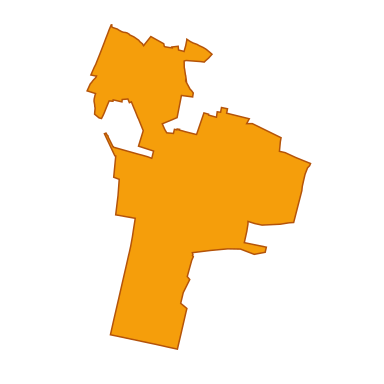 the district of Kinchil, Yucatán, Mexico, rotated 276°
{"feature_id": "50627088B70780361544705", "entity_name": "Kinchil", "entity_type": "district", "adm_level": 2, "iso_a3": "MEX", "parent_name": "Mexico", "parent_adm1": "Yucatán", "projection": "mercator", "projection_center": [-89.997, 20.843], "detail": "fine", "context": "isolated", "style": "filled", "palette": "amber", "viewbox_px": 384, "rotation_deg": 276, "n_neighbors": 0, "source": "geoboundaries", "source_scale": "gbopen_adm2", "svg_char_len": 3397}
<svg xmlns="http://www.w3.org/2000/svg" viewBox="0 0 384 384"><g transform="rotate(276 192 192)"><path d="M255.3,274.9L266.3,244.9L265.7,239.2L270.8,241.3L274.0,218.2L278.5,218.6L279.1,212.5L274.3,212.1L274.4,208.7L268.9,208.5L270.2,200.5L271.1,200.4L271.9,195.6L251.3,190.9L249.7,190.5L249.7,189.9L251.3,178.8L251.7,176.7L252.0,174.7L252.2,172.8L253.0,173.0L253.1,170.6L252.2,170.5L252.5,168.0L248.3,167.4L248.2,160.7L251.3,158.4L256.7,155.3L264.4,169.4L286.9,171.4L286.6,182.7L286.8,182.7L290.6,182.9L292.9,180.8L294.0,179.4L301.7,174.1L302.6,174.1L301.9,174.8L307.2,173.5L307.9,173.2L312.6,172.0L313.5,171.8L314.5,171.4L315.7,171.2L321.4,170.5L321.7,170.9L321.8,171.5L322.0,171.9L322.2,172.7L322.2,173.3L322.6,186.8L322.5,190.6L324.0,191.8L326.9,194.5L331.1,197.5L333.0,194.8L333.9,193.4L334.5,192.6L335.6,190.8L336.9,188.0L338.0,184.8L338.2,184.1L339.3,181.7L339.5,180.9L340.3,177.6L341.4,174.7L343.2,171.3L343.4,170.9L341.9,170.9L336.5,170.4L336.1,170.3L330.9,169.4L331.2,168.0L331.8,163.8L335.5,163.0L334.1,156.8L333.3,157.2L333.3,154.5L333.5,151.7L333.6,149.9L334.0,149.2L336.5,148.4L342.3,134.8L334.0,129.5L332.4,128.6L333.5,127.6L334.1,127.4L334.4,126.9L336.2,124.2L336.5,124.0L337.4,123.1L340.2,118.0L341.8,113.5L342.3,113.2L343.4,110.9L343.7,109.0L343.7,107.2L344.1,105.4L345.3,102.5L345.8,101.5L346.2,100.9L346.6,99.1L346.8,98.2L347.1,96.9L347.1,96.5L347.9,94.9L349.8,94.8L349.8,94.2L345.9,93.0L343.8,92.4L341.0,91.7L335.6,90.2L334.0,89.8L332.5,89.4L331.6,89.2L329.5,88.6L328.3,88.3L326.1,87.7L321.3,86.4L318.4,85.6L312.8,84.0L310.3,83.3L309.1,83.0L305.7,81.7L297.8,79.2L297.3,84.0L297.4,84.9L296.9,84.8L296.5,84.7L296.1,84.5L295.8,84.3L295.5,84.1L295.3,84.0L294.8,83.6L294.3,83.2L294.1,83.1L293.6,82.6L291.6,81.3L291.0,81.0L290.1,80.4L289.3,79.8L288.8,79.5L281.6,77.1L280.1,84.5L279.8,85.8L278.7,85.6L278.0,85.4L277.7,85.4L277.0,85.3L275.3,85.1L274.4,85.0L273.2,85.0L272.0,85.1L268.5,86.1L266.7,86.4L265.7,86.8L264.7,86.9L261.8,86.9L259.2,87.0L256.0,91.8L255.6,94.3L258.4,95.4L259.5,95.8L262.0,96.6L267.0,98.0L269.0,98.6L271.4,99.3L273.9,100.1L274.0,103.9L275.4,104.0L274.3,112.9L276.7,112.9L277.5,117.1L277.8,118.5L276.5,119.2L274.3,120.4L275.3,122.3L269.7,125.3L267.9,126.3L266.5,127.1L265.9,127.4L261.9,129.5L260.0,130.5L259.9,130.6L259.6,130.9L250.9,135.5L249.0,136.5L247.9,137.1L232.0,134.0L229.3,146.8L228.7,149.5L224.5,148.9L224.4,148.9L222.8,148.7L221.3,148.4L222.3,144.7L222.4,144.3L223.4,138.6L223.9,135.2L228.0,111.3L228.4,109.1L228.9,109.0L229.1,108.5L237.9,102.9L238.9,102.7L239.8,101.6L241.6,100.3L240.8,98.8L219.9,111.5L219.8,112.4L198.5,112.6L197.0,118.3L180.7,118.8L161.3,118.5L159.9,138.3L153.7,138.0L148.0,137.7L141.1,137.4L131.7,136.7L124.7,135.9L124.0,135.8L123.5,135.7L113.3,134.5L87.9,131.4L77.8,130.2L77.1,130.1L56.9,127.6L41.5,125.8L37.4,165.0L37.0,168.9L36.7,171.9L36.2,176.1L36.2,176.3L36.1,177.2L35.3,183.7L34.2,193.9L51.7,196.1L57.5,196.8L72.9,198.7L75.6,199.1L80.1,192.4L91.0,193.8L104.7,198.9L107.4,196.1L124.2,198.9L127.8,200.1L128.9,199.1L129.6,199.5L131.7,198.7L135.8,216.5L139.2,233.5L140.3,246.2L136.5,260.4L139.7,271.1L144.9,271.7L147.1,249.3L158.4,250.6L165.9,251.0L168.6,250.8L167.2,257.6L166.4,265.1L169.2,283.2L171.5,291.7L172.3,296.3L204.8,301.1L209.1,301.1L216.0,301.9L221.5,302.6L228.1,304.4L230.4,306.2L232.7,306.9L237.1,291.7L240.9,280.5L241.6,274.7L251.3,274.6L255.3,274.9Z" fill="#f59e0b" stroke="#b45309" stroke-width="1.5"/></g></svg>